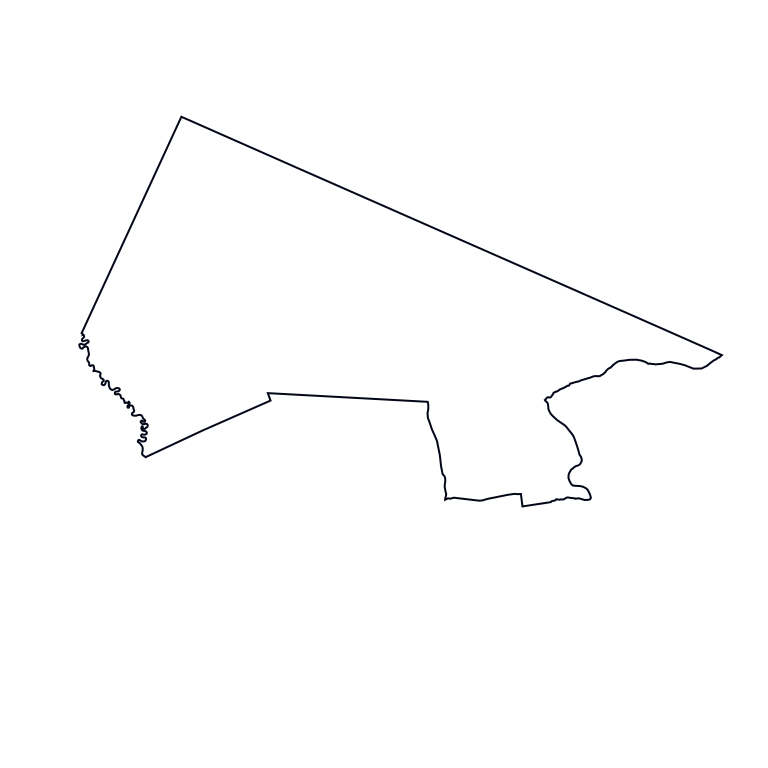 the district of Chavuma, North-Western, Zambia, rotated 24°
{"feature_id": "96606910B52944150437375", "entity_name": "Chavuma", "entity_type": "district", "adm_level": 2, "iso_a3": "ZMB", "parent_name": "Zambia", "parent_adm1": "North-Western", "projection": "orthographic", "projection_center": [22.463, -13.294], "detail": "fine", "context": "isolated", "style": "outline", "palette": "ink", "viewbox_px": 768, "rotation_deg": 24, "n_neighbors": 0, "source": "geoboundaries", "source_scale": "gbopen_adm2", "svg_char_len": 6123}
<svg xmlns="http://www.w3.org/2000/svg" viewBox="0 0 768 768"><g transform="rotate(24 384 384)"><path d="M87.1,460.6L88.9,461.2L88.9,461.5L89.1,461.3L89.6,461.4L90.2,461.8L90.6,462.2L90.8,462.8L90.8,463.5L90.1,465.3L90.0,466.3L90.4,467.2L91.0,467.4L91.5,467.4L92.3,467.0L94.0,465.3L95.0,464.8L95.8,464.6L96.5,464.9L97.0,465.5L96.9,466.4L96.1,467.4L94.8,469.6L94.2,470.1L92.9,470.4L91.2,470.4L90.5,470.7L89.7,471.6L89.7,472.2L90.4,473.2L91.4,474.3L92.5,474.6L93.6,474.7L94.1,474.3L94.5,472.9L95.6,471.2L96.6,470.9L97.6,470.9L98.3,471.2L99.0,471.7L100.0,473.4L101.8,475.9L102.3,476.8L102.6,477.7L102.6,478.5L102.6,479.5L102.5,480.2L102.5,481.1L102.7,481.8L103.3,482.9L104.0,483.5L105.2,484.0L106.1,484.8L107.2,486.8L107.9,487.0L108.6,486.9L109.6,485.6L110.5,485.3L111.2,485.4L111.6,485.8L112.1,486.7L113.0,487.7L113.3,488.3L113.3,490.3L113.7,490.3L114.1,489.8L114.4,489.6L115.1,489.5L116.7,489.3L118.5,488.9L119.2,488.9L120.4,489.2L120.9,489.8L121.1,490.5L121.1,491.0L121.3,492.2L121.8,492.7L123.1,493.7L124.7,493.9L125.4,493.9L126.0,494.1L126.4,494.5L126.6,494.9L126.6,495.4L126.0,496.4L125.8,497.1L126.1,498.8L126.5,499.2L127.5,499.3L128.3,499.1L129.0,498.5L129.2,497.8L129.3,496.8L128.9,494.9L129.1,494.3L129.5,493.9L130.2,493.5L130.8,493.6L131.4,493.8L131.8,494.3L132.2,494.9L132.5,495.7L133.6,497.8L134.4,498.5L135.3,499.5L136.9,500.0L137.6,500.1L138.4,499.9L139.5,498.8L140.8,496.9L141.7,496.2L143.0,495.9L143.9,495.8L144.7,496.2L145.0,497.0L144.9,497.5L144.5,498.6L143.6,499.2L142.6,499.7L142.2,500.0L141.8,500.5L141.6,501.0L141.9,501.8L142.3,502.5L143.2,502.6L144.1,502.1L144.6,501.7L145.2,501.3L146.1,501.1L147.0,501.2L148.0,501.7L149.5,503.6L150.1,503.8L150.7,503.7L151.4,503.5L152.1,503.7L152.7,504.4L153.7,505.1L154.5,506.5L154.9,506.7L155.4,506.5L155.7,506.0L156.8,505.8L157.4,505.5L157.7,505.2L157.8,504.3L158.0,504.0L158.5,504.1L159.3,504.7L159.5,505.3L159.5,505.9L159.3,506.5L158.6,508.2L158.8,509.0L159.1,509.5L159.6,509.8L160.2,509.6L160.5,509.3L160.3,508.0L160.6,507.4L161.0,506.9L161.9,506.4L162.9,506.3L163.7,506.6L164.4,507.2L165.4,508.7L166.4,509.7L166.7,510.2L166.7,511.6L166.0,512.5L165.8,512.9L165.8,513.5L166.2,514.5L166.6,514.7L167.6,514.8L168.5,514.6L169.8,514.1L170.9,513.4L171.6,512.7L173.4,511.6L174.2,511.3L175.1,511.4L175.9,511.6L177.9,513.4L178.8,513.7L179.6,513.9L180.1,514.1L180.6,514.4L180.8,514.9L180.9,515.3L180.8,515.7L180.4,516.0L180.0,516.2L178.6,516.0L177.5,516.0L177.3,516.3L177.0,517.0L177.2,517.8L177.5,518.0L178.2,518.2L179.0,518.7L179.6,518.7L180.5,518.6L181.2,518.2L182.3,517.3L183.0,517.1L183.8,517.0L184.4,517.3L184.9,517.8L185.2,518.5L185.2,519.1L185.1,519.7L184.3,521.0L183.8,522.2L183.0,522.6L182.4,522.6L181.9,522.4L181.5,522.2L181.0,521.2L180.8,521.0L180.4,520.9L180.2,521.2L180.1,521.9L180.3,523.1L180.6,523.5L181.3,524.3L182.1,524.7L182.8,524.7L185.3,524.1L186.1,524.3L187.0,524.7L187.3,525.4L187.3,526.2L186.8,526.9L186.1,527.6L183.5,528.4L183.1,529.0L183.1,530.0L183.3,530.3L183.9,530.7L184.8,530.9L186.7,530.4L187.5,530.0L188.0,530.1L188.5,530.3L189.0,531.0L189.2,531.7L189.1,532.8L188.8,533.5L187.7,534.3L186.3,534.8L185.6,534.9L183.5,534.6L182.8,534.8L182.4,535.4L182.3,535.9L182.5,536.6L183.1,537.2L184.7,537.2L185.1,537.4L188.3,539.2L189.2,540.1L189.6,540.7L190.5,542.6L190.7,543.8L191.2,545.5L191.5,546.4L192.2,546.9L194.0,547.4L195.4,547.6L195.9,547.9L236.9,500.6L287.1,445.3L281.6,439.6L431.2,382.5L433.3,385.7L434.7,389.1L435.6,392.8L437.1,395.7L438.1,397.4L439.9,399.1L446.4,406.1L451.9,411.0L455.5,414.4L463.9,426.2L469.7,436.1L474.2,442.5L476.7,443.6L477.7,444.6L478.5,445.7L479.5,447.8L480.7,452.0L481.3,453.3L484.3,457.7L485.6,459.2L486.1,461.0L486.6,464.2L486.9,464.9L488.8,462.6L491.3,461.7L492.4,460.9L493.5,459.8L495.1,459.1L496.9,458.6L501.9,457.0L516.1,452.6L519.1,451.6L522.1,449.7L523.4,448.4L527.3,445.4L530.2,443.4L542.0,435.0L546.6,432.1L547.8,431.3L550.8,430.3L553.8,428.8L560.3,439.5L584.4,424.1L584.9,422.8L587.5,420.9L588.0,420.3L588.2,419.2L589.0,419.0L591.7,418.2L592.6,417.4L594.6,416.7L595.5,415.8L595.9,414.9L596.6,414.4L596.9,413.7L597.7,413.0L598.5,412.7L600.0,412.4L601.5,411.9L602.2,411.8L602.8,411.4L603.6,411.2L604.1,411.2L605.0,410.8L605.9,410.9L606.2,410.4L607.0,410.1L607.9,409.4L608.3,409.4L608.8,409.1L610.1,409.0L610.7,408.8L611.9,408.8L612.8,408.6L613.2,408.4L614.6,408.4L615.4,407.8L617.2,407.1L618.4,406.2L618.6,405.8L619.2,405.4L619.2,404.6L619.3,404.2L619.3,403.8L617.1,401.1L613.0,397.7L610.8,397.1L607.4,396.9L604.3,397.6L599.0,399.6L597.7,399.9L596.0,399.4L593.3,397.5L590.8,394.9L589.7,392.3L589.4,390.4L589.8,386.4L590.0,385.6L590.9,384.4L591.5,382.7L592.8,380.9L594.5,379.4L595.1,378.6L595.7,377.4L596.0,374.6L595.7,373.2L594.8,371.8L593.7,370.5L591.2,368.9L588.5,365.5L586.5,363.2L582.0,358.3L579.1,355.3L577.7,354.2L575.6,352.9L573.1,351.7L567.6,348.8L565.4,348.1L557.1,346.6L551.9,344.9L548.8,343.6L547.0,342.4L544.8,340.4L543.9,339.2L543.1,337.6L541.9,335.6L541.0,334.8L540.4,334.4L538.4,333.8L537.5,333.2L537.7,332.8L537.7,332.4L538.0,332.0L538.3,330.6L538.7,329.8L539.1,329.4L539.8,329.2L540.6,329.1L541.2,328.8L541.4,328.6L541.8,328.0L542.0,326.7L542.2,326.2L542.5,324.5L542.5,323.0L542.9,322.5L543.4,322.1L543.9,321.4L544.0,321.1L544.7,320.8L545.4,320.0L546.3,318.7L546.6,317.8L546.9,317.4L547.4,317.0L548.4,315.8L549.7,314.7L550.2,313.8L550.5,313.4L550.8,313.2L552.3,311.0L553.2,310.5L553.7,310.0L553.9,308.1L554.4,307.5L555.0,307.2L556.7,305.6L558.9,303.8L560.7,302.6L562.8,300.2L566.6,297.1L567.8,295.9L569.3,294.8L571.4,292.7L572.1,291.9L573.3,291.1L574.3,290.7L575.4,290.1L576.7,289.7L577.9,289.0L578.4,288.3L578.9,287.5L580.3,285.7L580.8,284.4L581.4,283.3L581.6,281.4L582.8,278.6L584.6,276.5L584.6,275.7L585.2,274.9L585.3,274.0L587.7,269.5L589.2,267.8L590.2,267.0L593.7,265.0L598.5,262.0L601.0,260.9L604.5,259.2L609.7,257.9L614.1,257.5L617.3,258.1L618.2,257.3L620.3,256.8L624.3,255.5L630.1,252.3L634.0,248.9L636.4,247.5L646.0,245.3L651.4,244.5L660.4,244.1L667.8,240.7L671.8,235.8L673.3,232.6L675.7,228.3L677.4,226.3L677.8,225.4L678.5,224.2L679.4,223.4L680.9,220.2L667.2,220.1L527.6,220.6L410.8,221.1L216.1,221.9L90.2,222.3L87.1,460.6Z" fill="none" stroke="#020617" stroke-width="2"/></g></svg>